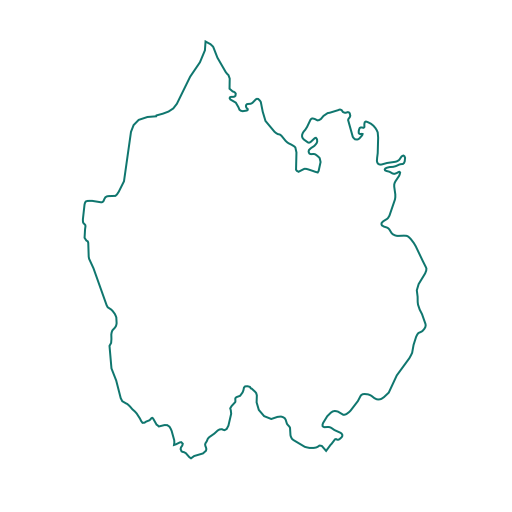 outline of Chuvash, rotated 276°
{"feature_id": "RUS-2389", "entity_name": "Chuvash", "entity_type": "Republic", "adm_level": 1, "iso_a3": "RUS", "parent_name": "Russia", "parent_adm1": "", "projection": "equal_earth", "projection_center": [47.182, 55.483], "detail": "fine", "context": "isolated", "style": "outline", "palette": "teal", "viewbox_px": 512, "rotation_deg": 276, "n_neighbors": 0, "source": "natural_earth", "source_scale": "10m", "svg_char_len": 6027}
<svg xmlns="http://www.w3.org/2000/svg" viewBox="0 0 512 512"><g transform="rotate(276 256 256)"><path d="M464.0,183.4L461.9,188.6L459.9,191.2L459.3,191.7L449.2,196.9L435.7,206.7L434.1,208.3L433.0,209.7L429.7,211.3L419.6,212.2L417.2,215.6L417.0,216.8L416.2,218.2L415.3,218.9L413.2,218.8L412.3,218.0L411.9,216.8L411.6,214.4L411.1,213.5L410.2,213.3L409.0,214.1L406.4,219.9L402.1,223.0L399.7,224.3L398.9,225.7L398.6,227.6L399.7,231.7L400.5,232.5L401.3,232.4L402.0,231.4L402.9,230.7L404.1,230.3L405.3,230.5L406.1,231.2L406.4,232.3L406.8,234.6L407.3,235.6L408.0,236.5L411.8,239.5L412.4,240.5L412.4,241.8L410.9,243.7L409.6,244.7L400.2,247.6L391.3,251.3L381.4,261.5L380.2,263.4L379.5,265.0L379.4,266.3L379.1,267.5L378.0,269.0L373.6,273.4L372.2,275.3L371.4,276.9L370.5,279.4L369.4,281.8L368.8,282.9L368.0,283.8L363.2,285.4L346.0,286.8L344.9,287.8L344.6,288.7L344.2,289.5L347.4,294.4L347.8,295.2L347.9,296.8L347.6,298.8L346.6,303.4L346.0,305.8L345.5,308.6L347.2,309.4L356.2,310.4L360.0,309.1L360.9,308.1L362.2,306.2L363.2,304.5L363.4,303.7L363.5,302.6L363.1,300.4L363.1,299.4L363.4,298.5L364.3,297.8L365.5,297.4L366.9,297.6L368.4,298.8L369.4,299.8L370.9,301.7L371.7,302.6L373.7,304.0L374.8,304.6L376.2,304.9L378.0,304.6L379.1,304.0L379.8,303.2L379.6,302.5L378.9,301.7L375.3,298.6L374.6,297.7L374.2,296.8L374.4,295.7L376.8,291.5L377.6,290.6L378.5,289.8L379.8,289.3L381.3,289.2L383.0,289.6L384.7,290.4L386.7,291.8L389.7,293.3L397.1,295.9L398.0,296.5L398.7,297.5L398.6,299.1L398.3,300.4L397.3,302.9L397.7,304.4L399.0,306.2L402.4,308.5L405.6,312.3L406.2,314.4L409.7,322.6L410.3,323.6L410.4,324.6L410.0,325.9L408.3,327.4L407.8,329.0L407.8,330.2L408.7,332.3L408.5,333.4L407.7,334.3L405.3,335.1L404.0,334.8L401.9,333.6L400.8,333.4L384.6,339.8L383.5,340.8L382.4,342.3L382.4,344.4L382.9,345.6L383.8,346.6L386.9,348.8L387.8,349.2L388.5,349.2L388.5,348.2L388.2,347.2L388.3,346.1L389.1,345.3L391.0,345.1L392.7,345.3L394.2,345.8L394.8,346.7L394.9,347.9L394.7,349.4L395.3,350.2L396.0,350.3L398.0,350.0L399.3,350.0L400.4,350.2L401.1,350.9L401.2,351.6L400.6,353.8L399.5,356.6L397.8,359.2L395.7,361.4L393.9,362.8L391.7,364.1L386.5,365.1L371.0,366.3L366.4,366.2L363.2,366.3L362.0,366.7L360.7,367.5L360.0,368.9L359.9,370.1L360.1,371.3L362.2,376.6L364.2,384.5L364.6,385.6L365.1,386.6L365.8,387.5L366.6,388.4L370.1,390.3L370.9,391.2L371.3,392.2L370.7,393.2L369.2,394.0L365.7,394.0L364.0,393.5L362.9,392.5L362.4,390.2L362.0,389.1L360.3,386.2L359.8,385.2L359.0,383.0L358.4,379.5L357.6,377.3L357.1,376.3L356.5,375.4L355.6,375.0L354.7,375.4L354.2,376.8L353.8,379.6L353.4,380.8L352.4,383.0L352.2,384.1L352.2,385.2L353.2,387.3L354.5,389.1L354.7,389.9L354.1,390.6L352.3,390.4L350.8,390.0L344.7,386.8L343.3,386.3L341.7,386.0L339.5,386.2L331.8,388.1L329.1,388.4L326.8,388.3L310.1,384.5L307.7,383.4L306.7,382.6L303.9,379.0L303.0,378.2L302.0,377.5L300.9,377.4L299.6,378.0L298.6,380.2L298.0,383.2L297.4,384.6L296.4,385.8L293.0,388.4L291.9,389.8L291.1,391.9L290.8,393.5L290.8,395.0L291.7,401.0L291.8,403.5L291.5,404.8L290.5,406.4L288.9,408.3L285.4,411.6L282.3,413.9L268.9,422.1L262.5,426.2L261.3,426.8L259.2,426.8L256.3,426.0L245.1,420.7L238.7,419.5L232.3,421.0L227.2,421.6L224.6,422.2L219.8,424.4L215.5,427.2L206.0,431.7L204.6,432.0L202.9,431.8L201.1,431.0L198.7,429.3L197.7,427.9L196.4,425.6L194.8,424.6L192.4,423.7L184.1,422.0L176.0,421.4L173.5,420.5L170.4,419.2L152.0,408.5L134.0,402.3L129.0,398.0L127.0,395.6L126.5,394.4L126.1,392.8L126.1,391.6L126.2,390.7L126.6,389.7L127.0,388.6L129.0,385.4L129.6,383.9L130.1,381.9L130.1,378.4L129.7,376.6L128.8,375.3L127.7,374.6L122.4,372.5L112.1,366.2L110.5,364.9L108.2,362.4L107.4,360.7L107.2,359.4L109.8,353.8L110.0,352.4L110.1,350.5L109.4,348.5L108.0,346.8L104.1,343.6L97.0,340.2L95.3,339.8L93.8,340.0L93.2,340.8L92.9,341.9L93.5,345.5L93.5,346.7L93.3,347.8L92.9,348.9L91.1,352.2L89.0,358.5L88.3,359.7L87.0,360.6L85.8,360.6L84.7,360.1L82.9,358.5L82.2,357.7L81.8,356.8L81.8,355.9L82.3,354.7L81.9,353.7L77.1,350.8L76.0,349.9L69.5,346.1L73.9,341.4L74.1,340.2L74.1,338.9L72.6,337.2L71.8,335.7L71.2,333.6L70.7,329.4L71.0,326.5L71.3,324.5L76.9,312.4L78.0,310.8L80.1,309.5L81.4,309.0L88.6,307.8L89.2,307.5L90.0,306.8L91.5,305.1L92.4,304.3L96.3,302.6L97.7,301.5L98.5,299.8L98.9,298.1L98.8,296.8L98.2,294.1L95.5,288.2L97.6,280.8L103.2,274.9L110.5,271.9L117.5,271.4L119.7,270.5L120.9,269.3L123.7,265.5L123.8,264.7L125.2,263.6L125.6,261.2L125.2,258.8L123.9,257.8L121.1,257.5L118.9,256.9L115.3,254.8L113.7,251.5L112.9,250.6L111.9,250.3L109.5,250.7L108.5,250.6L104.2,247.4L101.8,246.3L99.8,247.1L96.5,247.8L84.4,246.3L80.9,244.9L79.5,242.9L79.7,241.6L80.2,240.2L79.7,237.9L78.5,236.2L75.0,233.1L70.9,228.4L69.3,227.2L66.6,226.4L64.4,225.3L63.3,225.1L61.8,225.5L60.3,226.3L58.8,226.8L57.1,226.6L54.1,223.9L50.6,215.4L48.0,212.5L49.0,210.7L52.6,206.8L53.4,204.8L53.5,203.5L53.9,202.4L56.1,201.2L57.8,201.4L59.8,202.5L61.6,202.8L63.0,201.2L62.7,199.8L60.3,196.0L59.5,194.2L61.9,194.3L64.3,193.9L73.2,190.4L75.3,189.2L77.2,187.8L78.5,185.4L78.3,182.7L76.3,177.2L77.5,175.6L77.8,174.8L83.0,171.1L84.0,170.2L84.2,169.7L83.8,169.0L82.0,167.7L81.3,166.9L79.8,164.0L78.6,162.6L78.2,160.6L79.8,159.1L82.3,157.5L86.9,153.8L88.7,151.8L90.7,149.0L93.0,146.6L94.3,145.0L95.4,143.4L95.8,142.2L97.6,138.2L100.5,136.3L117.5,130.0L129.1,124.0L151.3,119.7L154.4,121.0L158.2,120.9L162.8,120.3L164.6,120.4L166.2,120.7L167.4,121.2L169.3,122.7L170.4,123.4L171.6,124.0L173.1,124.3L174.6,124.4L180.3,123.5L181.9,122.7L183.7,121.6L186.3,119.2L187.6,117.6L189.5,113.9L191.4,112.6L226.7,95.7L235.8,90.3L237.8,89.7L251.5,87.8L252.9,87.2L253.7,85.6L256.2,83.6L264.6,83.2L267.8,83.3L268.9,83.0L269.7,82.2L270.4,81.2L271.4,80.5L272.8,80.2L274.5,80.0L289.3,80.1L291.1,80.4L292.4,81.0L293.1,82.5L293.5,85.1L293.7,87.5L293.2,96.5L293.6,97.7L294.7,98.6L297.0,99.3L298.7,100.1L299.7,101.5L300.1,102.8L301.1,109.9L302.7,111.3L305.6,112.8L316.5,116.9L366.4,118.7L373.4,120.6L379.1,125.1L382.9,133.5L384.5,142.1L385.4,142.3L387.8,148.5L390.5,153.9L394.1,158.3L399.1,161.4L427.5,171.8L442.8,180.0L455.2,183.7L464.0,183.4Z" fill="none" stroke="#0f766e" stroke-width="2"/></g></svg>